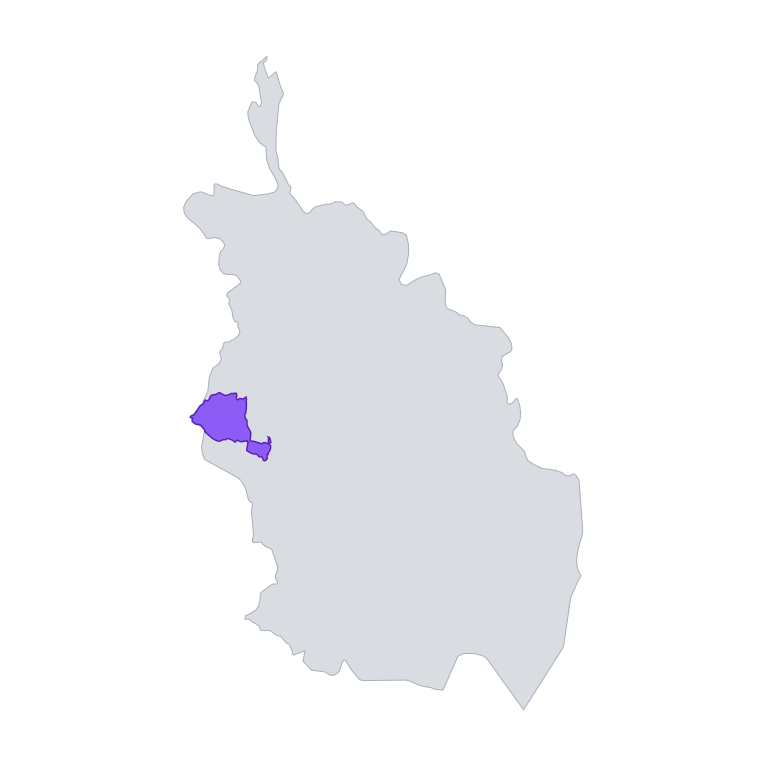 location of Jawzjan within Afghanistan, rotated 282°
{"feature_id": "AFG-1746", "entity_name": "Jawzjan", "entity_type": "Province", "adm_level": 1, "iso_a3": "AFG", "parent_name": "Afghanistan", "parent_adm1": "", "projection": "orthographic", "projection_center": [65.748, 36.744], "detail": "fine", "context": "in_parent", "style": "filled", "palette": "violet", "viewbox_px": 768, "rotation_deg": 282, "n_neighbors": 0, "source": "natural_earth", "source_scale": "10m", "svg_char_len": 7355}
<svg xmlns="http://www.w3.org/2000/svg" viewBox="0 0 768 768"><g transform="rotate(282 384 384)"><path d="M340.0,213.2L354.4,211.7L364.2,213.4L369.4,218.4L374.5,219.7L379.4,217.1L382.4,216.6L383.6,218.2L386.1,218.8L389.9,218.5L392.0,219.8L392.6,222.9L395.5,226.7L400.6,231.3L405.1,232.3L410.9,228.5L412.9,228.9L413.8,227.6L414.3,225.0L417.8,222.4L424.2,219.9L427.8,217.7L429.1,215.9L431.3,215.3L433.7,215.8L435.3,215.1L436.5,212.7L438.8,211.7L440.8,212.1L450.0,220.3L453.5,222.7L455.1,222.2L459.4,217.4L459.8,213.2L458.4,207.7L459.0,203.2L461.8,199.7L467.1,197.4L474.9,196.3L479.8,196.6L481.6,198.2L484.1,199.1L487.1,199.2L489.8,197.0L492.1,192.8L492.0,187.6L489.5,181.6L490.0,179.6L493.8,176.3L497.8,171.5L501.5,165.4L505.0,158.0L509.5,153.2L515.1,151.2L522.1,152.8L530.5,158.0L534.0,164.7L532.5,173.1L532.6,177.7L534.3,178.4L543.5,176.3L544.8,177.4L544.9,179.7L543.7,183.3L542.7,193.2L541.2,217.5L546.1,231.6L549.1,237.2L552.0,238.8L554.8,239.3L557.5,238.6L563.0,234.6L571.1,227.2L579.1,222.5L591.0,219.3L594.5,211.7L599.7,206.4L611.8,198.3L618.5,195.0L622.4,194.2L632.2,196.1L632.9,198.3L632.5,200.7L629.9,202.8L629.2,204.4L630.3,205.5L634.2,205.5L650.5,199.1L653.8,194.4L657.4,193.9L664.6,195.1L669.9,194.0L672.9,195.7L680.0,201.4L678.0,201.9L674.9,201.0L673.1,199.0L666.6,202.4L659.5,207.1L659.8,208.1L667.0,213.4L653.6,221.0L647.6,225.1L646.1,225.4L636.5,222.9L610.2,226.0L590.4,229.5L582.8,233.3L575.6,235.4L571.9,237.4L569.7,240.9L559.0,249.2L557.2,252.1L551.0,252.2L545.0,259.9L536.1,269.1L534.3,273.3L535.9,275.3L541.1,278.2L543.5,281.0L547.5,289.2L549.3,295.1L551.7,297.6L553.3,304.5L551.2,308.7L551.4,310.7L554.8,315.9L554.1,317.6L551.9,320.3L548.6,327.3L542.1,332.8L539.6,337.4L535.1,342.7L533.4,346.9L531.4,349.3L529.4,350.7L530.0,352.9L532.0,355.6L535.2,358.6L535.7,371.2L534.2,374.9L525.9,378.8L517.8,380.8L507.7,381.4L503.9,381.0L489.8,377.0L485.4,379.5L484.8,385.1L493.1,393.8L496.6,398.7L500.6,407.0L503.5,411.2L502.7,415.3L488.6,424.9L479.4,426.2L473.7,428.0L470.9,430.3L469.2,439.9L467.2,443.5L467.4,447.6L465.6,452.4L462.7,455.6L460.8,460.6L463.3,485.7L455.1,496.1L450.5,499.8L446.0,501.7L442.2,501.2L437.3,495.6L434.0,493.5L430.7,494.0L427.4,496.1L422.0,495.6L417.4,493.7L415.1,494.0L413.8,496.0L409.0,500.5L397.1,507.3L392.3,507.9L390.2,509.6L391.1,512.3L393.2,514.4L397.0,515.9L397.3,517.7L391.2,521.2L384.9,523.5L377.7,524.5L370.3,523.3L366.4,520.4L361.9,520.2L357.8,522.4L353.5,526.0L347.7,534.9L339.1,540.4L336.9,546.0L334.3,555.8L335.2,570.4L334.2,576.8L332.3,581.1L332.7,584.4L335.6,588.2L334.5,590.7L332.0,593.4L329.7,595.0L281.8,608.9L274.0,609.1L269.9,608.5L256.3,608.4L250.7,609.3L245.0,611.1L240.8,613.4L237.5,616.8L231.9,614.8L214.0,611.0L165.6,614.1L161.0,613.1L94.3,588.3L137.4,541.0L138.7,536.9L139.2,528.8L137.0,518.0L133.1,512.9L96.9,505.4L96.0,497.0L96.8,493.3L96.4,486.0L96.7,480.4L98.8,471.3L99.0,467.2L89.6,425.5L89.7,421.5L96.9,412.4L105.7,403.6L105.4,401.9L101.2,400.7L94.8,400.3L91.4,398.7L88.9,395.9L88.0,392.2L90.1,385.7L89.0,372.7L96.1,362.3L106.5,362.2L101.6,354.0L100.5,353.1L100.2,351.7L100.8,350.4L103.4,350.1L109.9,345.3L110.3,342.5L115.8,335.3L115.5,332.0L119.2,323.4L117.7,317.4L117.6,314.2L121.4,312.3L124.1,304.2L125.5,302.3L125.8,300.2L125.1,296.8L128.5,296.5L131.5,300.9L136.3,305.6L139.5,307.0L143.6,307.9L152.7,306.8L154.6,307.1L163.8,315.3L165.4,317.3L166.0,320.5L167.5,321.5L170.9,318.5L174.1,317.6L180.2,318.7L183.5,317.7L199.0,308.5L200.3,302.3L201.9,298.8L204.0,296.8L201.7,289.5L202.6,288.2L204.7,287.6L209.7,287.7L233.0,280.4L239.1,280.5L240.4,279.9L240.8,277.7L242.6,275.5L253.6,269.9L259.9,264.1L262.2,259.7L272.9,224.0L278.4,220.9L284.0,218.7L302.9,218.1L306.4,207.0L308.1,204.4L311.4,201.9L325.3,209.7L340.0,213.2Z" fill="#d9dde1" stroke="#a8b0b8" stroke-width="1"/><path d="M311.2,201.4L311.8,201.7L312.6,201.9L313.0,202.1L313.6,203.6L314.0,204.1L314.3,204.4L315.0,205.0L324.1,208.4L324.8,209.0L326.0,210.5L326.7,211.2L327.5,211.6L328.0,211.7L329.3,211.6L329.7,211.7L330.3,212.2L330.7,212.3L331.1,212.5L331.0,212.8L330.9,214.5L331.0,214.7L331.0,215.1L331.2,215.4L331.3,215.5L331.9,215.8L334.4,216.5L335.0,216.5L335.4,216.6L336.8,217.4L337.2,217.7L337.5,218.1L337.7,218.6L337.9,219.0L338.1,219.4L338.2,219.6L338.3,219.8L338.3,220.0L338.3,220.4L338.5,221.2L338.6,221.3L339.1,222.1L341.0,224.1L341.4,225.0L341.3,225.3L341.2,225.7L341.2,225.8L341.1,226.0L340.3,228.6L340.0,230.0L339.8,231.2L340.0,232.1L340.6,233.1L341.7,235.0L342.7,236.2L343.0,236.5L343.1,236.9L343.1,237.1L343.1,237.3L343.0,237.5L343.0,237.8L343.2,238.4L343.6,239.0L343.8,239.5L344.2,241.0L344.1,241.5L343.8,241.8L343.2,241.9L343.0,242.0L342.3,242.4L342.0,242.5L341.8,242.6L341.6,242.6L340.7,242.2L340.3,242.2L340.2,242.2L338.8,242.9L338.4,243.2L338.0,243.7L338.0,244.1L338.2,244.4L339.0,245.0L339.3,245.3L339.9,245.8L340.0,248.5L340.2,249.3L340.6,249.9L341.6,250.9L342.6,251.7L341.0,252.5L340.8,252.6L340.2,252.7L339.7,252.7L338.4,252.8L335.4,253.7L330.6,254.5L326.7,254.7L325.0,254.3L323.9,254.4L323.0,254.8L321.2,255.9L321.0,256.1L320.9,256.3L320.5,256.9L320.1,257.4L319.7,257.6L315.9,258.4L314.8,258.9L312.3,260.8L310.2,262.9L309.2,263.6L308.3,263.9L303.8,264.5L301.6,264.5L301.0,264.9L300.8,265.2L300.6,265.7L300.6,266.1L300.6,266.6L300.8,268.2L300.9,268.7L300.1,276.9L301.1,277.8L301.6,278.6L301.7,279.0L301.9,279.5L302.0,279.9L302.0,280.3L301.5,281.5L301.5,282.5L301.6,282.9L301.8,283.1L307.1,282.3L307.5,282.2L307.8,282.1L308.1,281.8L308.1,282.1L308.0,282.6L307.9,282.8L307.8,283.0L307.7,283.2L307.5,283.4L307.4,283.5L307.2,283.6L306.6,283.9L305.8,284.4L305.5,284.6L304.3,285.0L304.2,285.0L303.7,285.4L303.6,285.5L303.4,285.5L303.2,285.4L302.8,285.0L302.5,284.7L302.3,284.5L302.1,284.1L301.9,283.9L301.7,283.8L301.2,284.0L301.0,284.4L301.0,284.5L300.9,284.8L300.7,285.1L300.4,285.5L300.2,285.8L299.8,286.0L297.0,286.4L295.0,286.1L293.1,285.4L292.9,285.3L292.5,285.0L292.4,285.0L292.2,285.0L291.8,285.1L291.3,285.3L291.2,285.4L290.9,285.1L290.9,284.7L290.6,284.4L290.4,284.4L290.0,284.5L288.3,284.7L287.9,284.9L287.5,285.2L287.3,285.3L287.0,285.3L286.5,285.2L285.8,284.9L284.6,283.9L284.4,283.7L284.2,283.4L284.1,283.2L284.1,282.8L284.1,282.5L284.1,282.3L284.3,282.0L284.6,281.8L285.2,281.3L286.0,280.9L286.4,280.6L286.7,280.3L287.2,279.6L287.4,279.3L287.4,279.0L287.2,278.4L286.9,276.6L287.4,276.2L287.6,276.0L287.9,275.7L288.0,275.6L288.3,275.0L288.7,274.5L288.8,274.3L288.9,273.9L288.9,273.4L288.9,273.0L288.8,272.7L288.7,272.4L288.7,272.1L288.6,271.7L288.6,269.3L289.9,264.5L290.1,264.1L290.4,263.8L290.6,263.6L291.4,263.4L298.2,263.1L298.6,263.2L298.8,263.2L298.9,262.9L299.1,262.5L299.9,262.1L299.4,261.1L299.3,260.5L299.0,259.4L298.5,257.8L297.9,256.8L297.8,256.4L297.8,255.9L298.0,254.3L298.5,252.7L298.4,252.5L298.4,252.3L298.2,251.9L298.0,251.7L297.7,251.5L296.7,250.9L296.5,250.7L296.3,250.5L296.2,250.2L296.2,249.8L296.5,249.5L296.8,249.3L297.0,248.9L297.2,248.7L297.7,246.4L298.0,244.9L298.3,243.6L298.3,243.4L298.3,243.1L298.2,242.7L297.9,242.2L297.3,241.5L297.0,241.2L296.8,240.7L296.6,240.4L296.2,238.3L294.1,235.6L293.8,234.1L293.7,233.3L293.8,232.6L294.0,231.0L295.2,227.3L299.9,218.9L300.1,218.5L300.7,218.5L302.1,217.8L304.0,215.2L305.2,214.0L305.7,213.3L305.9,212.2L305.9,211.1L305.6,208.9L305.7,207.8L306.2,206.7L306.7,205.7L307.1,204.9L307.5,204.3L308.0,204.0L308.7,203.9L310.3,203.9L310.9,203.5L311.1,202.1L311.2,201.4Z" fill="#8b5cf6" stroke="#5b21b6" stroke-width="1.5"/></g></svg>